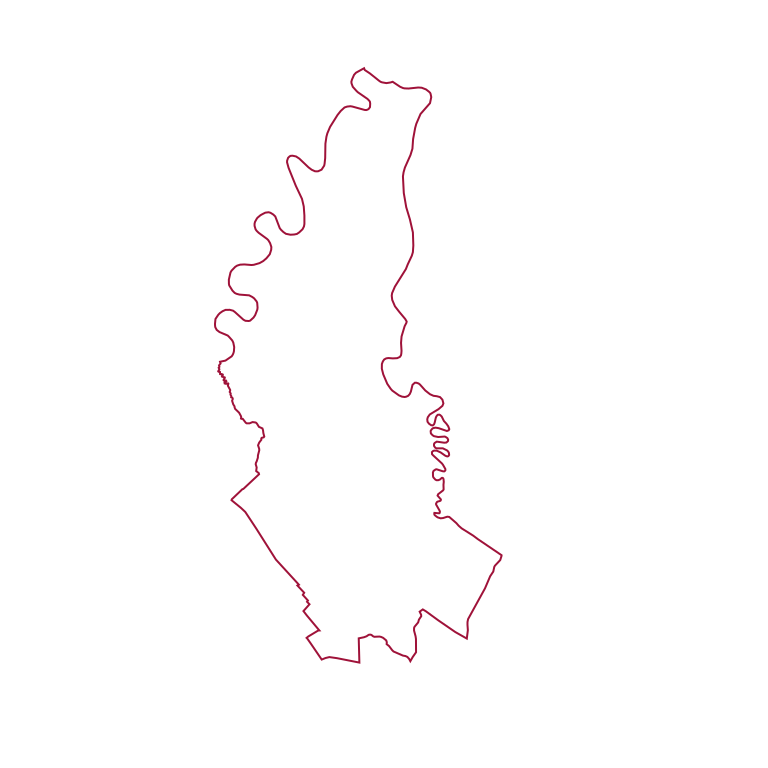 outline of Vi Thanh, Hau Giang, Vietnam, rotated 134°
{"feature_id": "81297802B29627750987730", "entity_name": "Vi Thanh", "entity_type": "district", "adm_level": 2, "iso_a3": "VNM", "parent_name": "Vietnam", "parent_adm1": "Hau Giang", "projection": "natural_earth1", "projection_center": [105.433, 9.753], "detail": "fine", "context": "isolated", "style": "outline", "palette": "rose", "viewbox_px": 768, "rotation_deg": 134, "n_neighbors": 0, "source": "geoboundaries", "source_scale": "gbopen_adm2", "svg_char_len": 6166}
<svg xmlns="http://www.w3.org/2000/svg" viewBox="0 0 768 768"><g transform="rotate(134 384 384)"><path d="M430.4,208.7L431.1,214.4L433.9,227.8L434.1,231.8L433.8,235.3L434.3,244.7L435.5,246.3L439.4,248.4L441.3,250.0L442.6,252.6L442.9,254.0L443.1,256.5L442.6,257.6L441.7,258.2L438.7,254.5L438.0,254.4L437.0,255.1L436.5,256.0L434.5,262.8L433.8,263.5L432.1,263.9L431.3,263.7L429.3,262.5L428.5,262.3L427.8,262.6L427.5,263.0L427.1,267.9L425.7,268.5L419.4,267.6L418.4,267.9L415.2,271.2L412.9,273.0L411.1,275.1L410.7,276.0L410.9,276.7L411.4,277.2L413.9,277.4L415.6,278.2L416.7,279.4L417.1,280.6L416.9,283.6L416.2,284.8L413.6,287.4L412.0,288.0L409.6,287.5L408.8,286.9L406.0,281.2L405.1,280.0L404.4,279.8L403.3,280.0L402.5,280.9L401.2,285.3L400.9,287.1L401.2,299.3L401.1,300.7L399.7,302.2L398.4,302.2L397.1,301.7L395.3,299.7L393.9,295.8L393.0,290.0L392.2,288.2L391.2,287.6L389.9,287.8L389.3,288.4L388.4,289.6L388.0,291.0L388.0,292.6L389.4,297.0L393.5,301.2L394.0,302.0L394.2,302.8L393.9,304.7L393.6,305.2L392.5,306.3L391.2,306.6L388.8,306.0L384.4,299.9L382.8,298.5L380.9,298.3L380.3,298.5L379.4,299.3L378.9,300.9L379.3,303.1L379.7,303.9L384.5,308.2L386.8,311.8L387.1,313.4L387.0,315.9L385.7,317.5L385.0,318.0L382.8,318.2L381.6,318.0L379.6,316.6L377.8,314.0L374.1,306.1L372.4,305.3L371.1,305.7L369.8,308.4L369.2,311.6L369.0,315.2L367.3,319.9L367.3,321.9L367.6,322.9L368.9,324.0L371.0,323.8L372.3,323.3L376.6,320.7L378.2,320.0L379.9,320.1L380.9,321.5L381.3,324.1L380.9,326.5L379.3,328.4L377.5,329.4L374.1,329.9L364.1,327.3L359.1,326.8L356.7,327.8L354.7,331.1L354.5,334.6L356.1,337.5L358.1,340.2L359.4,343.8L360.0,349.8L359.4,357.8L359.6,359.5L360.6,361.6L361.7,362.7L364.8,362.9L370.8,359.4L373.3,358.5L375.7,358.4L377.7,359.2L379.0,360.1L380.6,362.3L381.8,365.3L383.0,373.5L382.8,376.0L381.6,381.8L377.6,391.2L374.5,396.2L371.1,399.4L368.6,400.5L366.2,400.9L364.0,400.2L362.3,398.9L359.4,395.4L356.3,392.5L353.6,391.4L351.6,391.7L350.2,392.6L348.0,394.4L342.6,400.3L337.6,404.4L328.1,409.3L324.4,410.4L323.3,411.1L322.5,413.9L321.5,423.2L320.5,430.1L317.8,436.5L315.1,439.8L313.0,441.3L306.4,443.8L286.1,448.1L281.5,450.0L272.4,453.1L269.1,454.8L264.0,459.1L254.9,468.5L247.6,479.7L241.4,490.8L232.9,502.4L221.5,514.6L218.1,517.0L213.8,519.3L200.9,524.0L195.0,527.0L187.6,533.2L178.1,539.5L174.4,541.5L164.4,545.3L150.0,546.0L144.8,549.3L142.9,552.1L142.5,553.1L142.5,554.7L142.9,558.4L144.7,562.7L146.9,565.3L154.4,571.6L157.0,574.5L157.9,575.9L159.0,578.9L160.6,587.7L162.6,588.8L165.9,591.3L168.4,595.0L169.0,596.4L169.3,598.3L170.4,610.0L171.5,616.0L170.7,617.7L179.6,620.4L182.4,620.3L187.3,618.5L189.3,617.4L190.3,616.2L191.9,612.9L192.3,607.5L192.3,605.5L190.4,593.9L190.5,591.2L190.8,590.1L192.0,588.6L194.6,586.4L196.8,586.1L198.0,586.4L199.3,587.1L200.3,588.3L206.4,599.5L207.5,601.1L210.0,603.2L212.5,604.5L217.7,604.8L222.8,604.3L236.5,601.4L243.0,598.9L246.1,597.2L251.8,593.1L262.4,583.2L266.9,579.7L268.5,578.7L273.2,577.8L276.8,579.2L278.0,580.4L278.9,581.4L280.1,584.8L280.6,588.7L280.7,601.5L281.4,605.3L283.2,608.2L284.5,609.5L285.7,610.0L287.9,610.1L290.7,608.8L291.9,607.7L294.8,602.8L302.7,585.1L307.8,571.6L312.0,565.1L318.1,558.3L324.2,552.4L326.3,551.0L329.3,550.1L333.8,550.3L336.6,550.9L338.9,552.5L341.6,555.0L344.1,558.9L344.6,562.0L344.6,565.4L344.3,567.3L339.0,578.6L339.0,581.4L339.7,584.6L340.6,586.3L343.2,588.4L346.4,589.5L348.4,590.1L352.3,590.5L353.7,590.3L357.0,589.4L358.7,588.4L360.2,586.9L362.0,583.7L362.3,581.8L362.3,579.2L360.9,568.9L360.9,567.2L361.8,563.8L363.7,560.2L365.8,558.4L370.0,556.3L375.2,555.9L379.5,556.3L383.5,557.5L388.6,560.4L390.4,561.9L395.0,567.5L398.1,570.4L399.4,571.1L400.9,571.9L403.1,572.4L408.4,572.4L410.4,571.9L416.7,568.1L419.7,565.1L420.6,563.8L422.1,557.9L422.2,554.7L421.6,552.8L420.1,550.1L413.9,542.6L412.9,539.2L412.6,536.9L413.1,533.0L413.7,531.6L416.9,528.0L418.5,526.8L424.0,524.5L426.9,524.0L431.4,524.3L432.6,525.0L434.8,527.6L435.4,529.8L435.8,541.2L436.1,543.5L437.8,546.5L440.8,549.5L443.8,550.7L447.0,551.3L449.3,551.3L454.3,550.4L458.2,547.3L459.6,545.8L460.4,544.7L461.3,541.9L460.9,538.4L457.7,530.1L457.7,528.3L458.1,523.4L458.9,521.2L461.5,517.4L464.7,514.7L466.1,513.9L467.8,513.2L469.9,512.8L477.3,514.3L481.9,517.4L482.8,515.8L485.2,515.6L486.0,514.3L487.2,514.2L487.7,512.7L490.0,512.1L490.1,511.6L489.5,511.3L489.2,510.5L490.7,508.8L489.6,507.7L489.2,506.6L489.4,506.2L490.9,506.2L491.2,505.5L489.9,503.2L490.1,502.8L492.2,502.4L492.7,502.0L492.6,501.4L491.3,500.2L491.5,499.3L492.1,499.2L493.7,499.8L494.3,499.0L493.6,497.7L491.9,496.7L491.9,496.2L493.7,495.1L495.1,490.6L495.7,490.0L496.9,489.5L497.3,487.7L498.3,487.1L498.8,485.4L499.7,484.7L499.3,483.8L499.4,482.9L500.0,482.3L501.6,481.6L503.4,478.2L503.9,476.0L504.5,475.4L505.3,473.8L505.3,468.3L506.4,464.8L507.0,463.7L508.2,462.9L507.9,462.1L507.2,461.4L507.9,456.5L507.7,455.5L505.7,453.4L502.7,452.1L501.0,449.8L500.7,449.0L500.8,447.8L501.7,444.2L500.4,440.6L501.3,438.9L503.1,436.7L505.0,433.6L506.0,433.5L507.5,434.5L508.3,434.5L509.3,433.5L512.8,433.1L515.6,432.0L517.3,428.8L518.3,427.7L522.9,425.1L524.7,423.5L528.2,421.8L529.6,421.4L530.8,420.6L532.5,417.6L535.4,415.5L535.1,412.2L535.7,411.2L557.2,412.3L558.1,412.8L572.6,413.4L573.5,413.0L572.5,401.0L572.4,394.9L576.8,375.2L585.4,339.8L587.5,305.8L589.1,306.3L589.6,296.4L592.1,295.9L592.6,288.3L594.1,288.1L594.2,284.6L603.3,284.2L604.1,278.8L606.2,259.3L607.1,260.1L618.3,263.1L620.4,263.3L620.4,262.4L621.6,256.2L625.5,237.4L621.7,235.7L618.4,233.6L613.9,227.4L601.5,208.2L584.5,225.5L580.1,222.5L577.6,221.3L575.1,220.8L573.9,219.9L573.2,218.7L573.1,216.8L572.6,215.4L568.9,211.9L568.0,210.5L567.2,208.3L566.9,204.3L567.8,202.6L569.3,201.4L569.0,198.3L569.8,193.2L569.8,191.3L566.2,181.7L564.8,179.6L564.1,177.6L564.3,174.9L565.1,172.5L560.4,173.7L554.7,174.6L545.2,183.9L543.5,186.1L540.5,191.1L538.6,192.9L537.4,193.4L531.8,193.8L529.2,195.2L525.2,195.9L524.2,197.0L523.0,200.2L519.2,199.5L518.4,196.0L516.3,180.8L512.9,160.4L509.6,147.6L502.8,152.7L499.2,156.7L497.2,158.6L494.7,160.2L460.8,169.4L448.5,174.1L443.0,175.1L439.0,177.6L437.6,178.0L429.9,178.1L426.1,180.0L425.5,180.5L430.4,208.7Z" fill="none" stroke="#9f1239" stroke-width="2"/></g></svg>